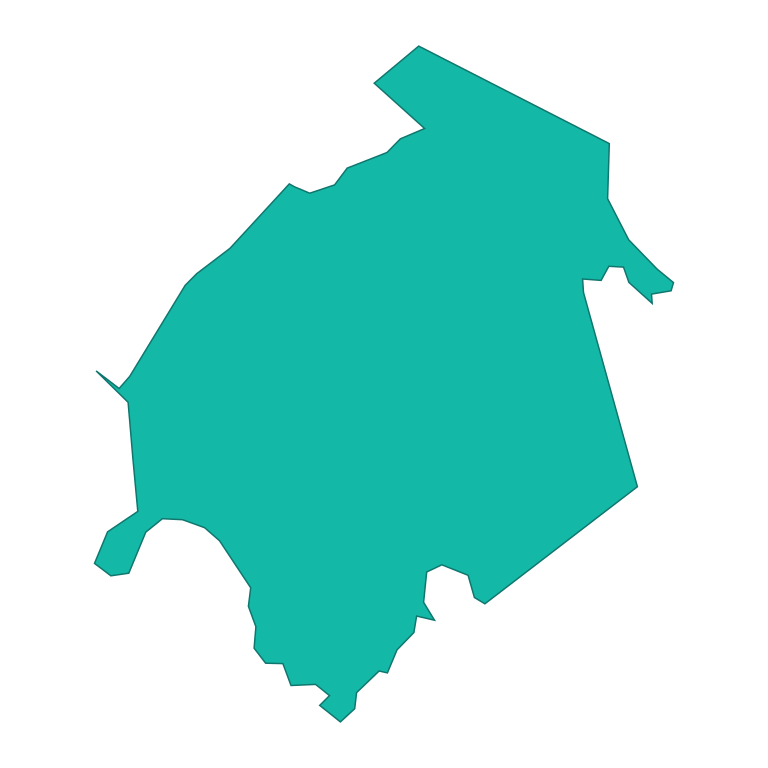 Ohio, Kentucky, United States of America
{"feature_id": "52423323B15881176064860", "entity_name": "Ohio", "entity_type": "district", "adm_level": 2, "iso_a3": "USA", "parent_name": "United States of America", "parent_adm1": "Kentucky", "projection": "natural_earth1", "projection_center": [-86.877, 37.475], "detail": "fine", "context": "isolated", "style": "filled", "palette": "teal", "viewbox_px": 768, "rotation_deg": 0, "n_neighbors": 0, "source": "geoboundaries", "source_scale": "gbopen_adm2", "svg_char_len": 956}
<svg xmlns="http://www.w3.org/2000/svg" viewBox="0 0 768 768"><path d="M340.4,721.9L354.7,708.7L356.6,692.6L379.1,671.0L387.4,672.9L397.0,649.9L413.9,632.5L416.6,616.1L434.5,620.2L423.6,602.3L426.7,572.0L441.8,564.8L468.1,575.3L474.4,597.5L484.9,603.8L637.4,486.7L583.5,292.5L582.6,279.0L601.1,280.4L608.8,266.3L623.5,267.1L628.9,282.4L652.2,303.4L651.5,294.1L671.1,290.8L673.5,282.6L657.1,269.1L628.7,239.8L607.6,198.7L609.3,143.6L418.7,46.1L374.2,83.2L424.6,128.5L400.4,138.8L387.0,152.5L347.2,168.1L334.6,184.9L309.7,193.2L294.7,186.9L289.3,183.9L230.0,248.3L196.8,273.6L185.2,285.3L129.7,376.4L119.1,388.5L96.1,370.9L128.1,402.3L133.0,459.8L137.8,511.4L107.6,531.8L94.5,563.4L110.9,575.8L128.8,573.2L145.8,532.1L162.4,518.7L182.5,519.7L204.6,527.7L219.5,540.7L250.7,587.8L248.4,606.3L255.9,626.7L254.1,648.2L265.6,663.2L282.9,663.6L291.0,685.5L315.6,684.4L329.5,695.6L319.7,705.4L340.4,721.9Z" fill="#14b8a6" stroke="#0f766e" stroke-width="1.5"/></svg>